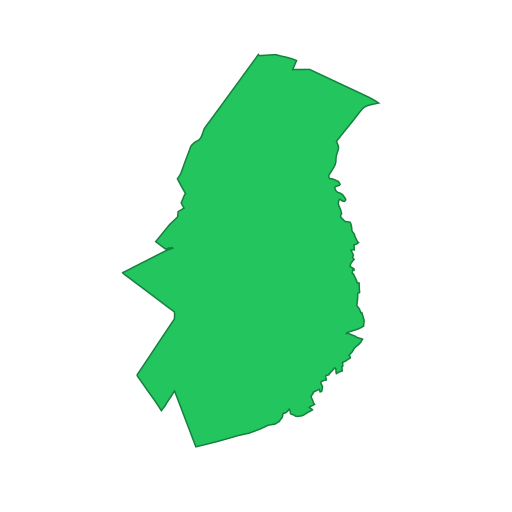 the district of Horodnic De Jos, Suceava, Romania, rotated 285°
{"feature_id": "2599482B73585952191723", "entity_name": "Horodnic De Jos", "entity_type": "district", "adm_level": 2, "iso_a3": "ROU", "parent_name": "Romania", "parent_adm1": "Suceava", "projection": "mercator", "projection_center": [25.836, 47.87], "detail": "fine", "context": "isolated", "style": "filled", "palette": "green", "viewbox_px": 512, "rotation_deg": 285, "n_neighbors": 0, "source": "geoboundaries", "source_scale": "gbopen_adm2", "svg_char_len": 4857}
<svg xmlns="http://www.w3.org/2000/svg" viewBox="0 0 512 512"><g transform="rotate(285 256 256)"><path d="M455.3,244.6L455.8,239.3L455.9,234.8L455.6,227.8L455.6,222.8L450.4,207.4L450.8,206.7L451.3,206.3L450.4,205.8L445.8,204.1L428.8,197.5L422.4,195.1L403.9,187.9L394.0,184.1L384.8,180.5L373.5,176.1L371.8,175.4L366.6,173.4L365.3,173.0L362.3,172.8L360.4,172.7L357.6,172.4L356.2,172.1L354.6,171.5L352.9,170.5L352.3,170.0L351.8,169.3L351.2,168.5L349.4,167.0L346.5,165.2L345.2,164.7L344.6,164.6L341.0,164.3L333.3,163.5L325.6,162.8L318.5,162.2L316.5,162.0L315.0,161.7L313.1,161.1L310.2,160.1L304.5,165.4L298.1,171.7L296.4,171.1L288.0,170.0L286.2,171.5L283.6,174.1L278.7,169.3L273.5,170.2L264.0,164.4L243.9,155.4L241.7,160.8L239.5,166.3L239.4,167.1L239.6,167.6L240.2,168.5L241.2,169.8L241.5,170.8L242.2,172.3L242.5,173.0L242.3,173.3L241.9,173.6L238.8,168.7L214.0,141.1L207.0,133.4L205.5,131.5L205.0,132.0L204.3,133.4L200.2,143.6L198.7,147.2L193.0,161.5L184.7,182.0L181.0,191.3L180.7,191.7L178.1,192.6L174.0,193.5L169.2,191.8L155.4,187.1L126.2,177.3L110.6,172.0L109.9,172.1L109.5,172.4L108.8,173.1L107.4,174.8L102.9,180.2L99.0,184.8L89.8,196.0L87.4,198.8L82.1,204.6L88.4,207.2L89.7,207.5L91.0,207.8L97.7,210.1L103.1,211.8L104.5,212.3L88.9,223.6L56.1,247.3L57.2,249.3L60.7,255.7L67.2,267.4L77.8,285.0L83.2,295.4L90.5,305.5L95.8,311.7L98.5,317.8L102.4,321.5L104.1,321.8L105.5,322.6L107.3,323.2L108.2,323.1L110.4,322.9L111.1,323.1L111.5,324.2L112.6,325.6L114.3,326.7L116.6,327.6L116.0,328.1L115.5,328.7L114.3,329.5L112.8,330.0L112.2,331.2L112.3,332.3L112.3,333.4L111.5,335.8L111.7,337.5L112.4,339.0L113.4,341.5L114.7,343.2L116.5,344.9L118.2,346.4L119.8,348.2L120.5,348.9L122.0,350.4L122.2,350.2L122.5,349.6L122.7,348.8L123.0,348.0L123.3,347.2L123.6,346.5L123.8,346.7L125.7,348.7L127.4,350.5L127.8,351.0L128.6,350.0L129.3,349.4L130.0,348.9L131.5,347.9L133.2,346.5L134.5,345.4L138.3,346.8L139.1,346.5L141.3,348.9L143.6,351.6L141.3,353.1L142.2,354.5L145.3,354.3L147.0,354.1L148.9,352.5L150.6,351.1L151.0,351.4L151.9,351.9L152.6,352.9L153.4,353.7L154.1,355.0L154.1,355.8L154.8,356.0L156.3,355.1L158.0,354.3L158.7,354.5L159.5,356.1L160.3,357.3L161.1,357.1L161.6,357.5L163.9,358.7L165.8,359.8L168.4,361.1L168.0,362.0L166.1,362.9L164.1,363.5L163.2,364.1L165.4,366.3L166.5,367.8L167.4,369.1L171.2,367.5L171.7,368.3L173.2,368.1L174.5,367.6L175.5,367.0L175.9,367.6L178.2,370.2L179.7,371.4L181.9,373.4L182.4,373.3L183.3,372.8L183.9,372.1L184.1,371.5L188.6,373.9L189.8,374.2L191.3,374.5L192.5,375.0L193.4,375.5L194.5,376.2L196.2,377.4L197.5,378.3L199.5,379.3L200.4,379.7L201.8,380.0L202.7,380.3L203.2,380.5L203.4,379.3L203.4,377.7L203.4,376.5L203.5,375.1L203.6,374.3L204.2,372.6L204.3,371.9L204.5,370.3L204.6,368.9L204.9,367.0L205.0,365.0L204.8,364.1L204.5,363.4L204.8,363.4L205.1,363.5L205.7,364.1L206.6,365.4L207.8,367.1L208.9,368.8L210.0,370.7L211.4,372.8L212.6,374.4L214.2,376.2L216.1,378.1L218.0,377.8L220.9,377.3L222.0,377.0L222.5,376.7L224.1,375.7L227.6,373.6L228.8,372.8L228.4,372.2L228.4,371.9L231.3,369.8L232.0,369.1L233.6,367.0L234.2,366.3L234.7,366.1L236.3,365.9L239.3,365.5L241.4,365.1L243.3,364.7L245.6,364.0L246.3,364.0L246.6,364.3L247.0,364.9L247.2,365.3L247.5,365.5L248.1,365.4L250.5,364.5L253.5,363.6L256.7,362.5L256.2,360.9L258.7,359.2L260.9,357.3L262.0,356.3L263.6,355.1L264.4,353.3L267.8,353.1L267.6,354.4L268.4,354.3L269.0,354.0L270.2,349.7L272.3,349.5L273.4,349.6L274.3,349.9L278.2,351.6L278.8,350.6L279.3,349.9L279.8,349.6L280.5,349.7L281.5,349.9L282.1,349.8L282.6,349.5L284.3,348.0L286.2,346.3L286.5,346.7L287.0,347.7L287.2,348.8L287.3,349.3L289.5,348.7L292.2,347.8L292.8,348.9L293.3,349.7L293.9,350.4L294.6,351.0L295.6,351.5L295.9,350.5L297.3,349.3L298.3,348.5L299.7,347.1L300.9,346.2L302.5,345.5L303.8,343.7L305.1,342.2L307.4,341.4L309.9,340.3L311.9,339.1L313.0,338.1L312.9,336.9L312.6,334.6L312.5,333.1L313.1,331.7L313.8,330.6L315.0,328.5L316.3,327.3L317.7,327.3L319.0,327.8L320.3,327.0L321.7,326.3L323.7,324.9L325.1,323.8L327.0,322.3L328.3,321.9L330.8,321.6L332.1,321.9L332.3,323.0L331.7,324.5L331.4,325.7L331.6,327.2L332.8,328.0L334.0,328.0L335.5,326.5L336.9,324.7L337.7,323.7L338.1,322.6L338.6,320.5L338.6,318.9L339.0,317.5L339.8,316.2L341.7,314.7L342.9,314.4L344.0,315.2L344.8,316.7L345.7,318.1L347.0,318.7L347.9,317.9L349.3,316.3L349.6,314.5L349.8,313.3L350.2,311.3L350.2,308.9L349.8,307.4L350.3,306.4L351.8,305.7L353.1,305.5L354.4,306.0L355.5,306.3L356.0,306.5L358.0,307.1L360.1,307.7L361.9,308.2L364.0,308.7L365.8,308.8L367.4,308.8L369.0,308.5L371.4,307.9L373.4,307.7L376.3,307.7L379.3,307.9L381.2,307.8L382.9,307.4L384.2,306.6L386.5,304.9L387.5,304.0L391.3,305.7L393.5,306.6L401.2,310.0L412.9,315.2L415.2,316.1L422.0,319.0L426.4,321.1L428.4,322.8L430.1,324.8L432.4,328.8L435.5,334.9L437.2,329.8L437.0,329.3L437.6,328.2L438.7,323.1L444.4,291.2L450.1,259.4L445.6,243.2L455.3,244.6Z" fill="#22c55e" stroke="#15803d" stroke-width="1.5"/></g></svg>